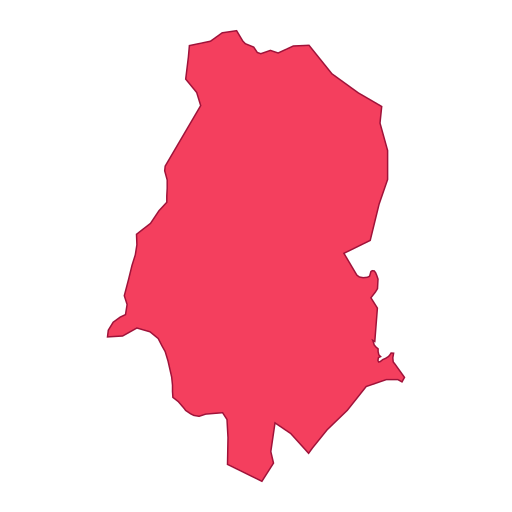 Guli, White Nile, Sudan
{"feature_id": "16777658B68520369405520", "entity_name": "Guli", "entity_type": "district", "adm_level": 2, "iso_a3": "SDN", "parent_name": "Sudan", "parent_adm1": "White Nile", "projection": "mercator", "projection_center": [32.427, 13.311], "detail": "fine", "context": "isolated", "style": "filled", "palette": "rose", "viewbox_px": 512, "rotation_deg": 0, "n_neighbors": 0, "source": "geoboundaries", "source_scale": "gbopen_adm2", "svg_char_len": 1636}
<svg xmlns="http://www.w3.org/2000/svg" viewBox="0 0 512 512"><path d="M188.4,56.9L188.4,57.0L185.7,79.1L196.7,92.5L200.7,105.6L165.2,166.1L164.7,170.8L167.2,180.0L167.2,188.4L166.8,196.0L166.8,202.3L159.0,210.7L150.5,223.4L143.5,228.8L136.5,234.3L136.9,244.8L135.3,254.9L132.0,265.4L128.7,278.9L124.3,295.7L127.1,304.5L125.5,314.6L120.2,317.1L113.2,322.2L108.3,330.2L107.5,336.9L122.6,336.0L136.9,328.0L150.0,331.8L158.2,338.5L161.9,345.7L165.2,351.6L168.0,360.9L171.7,377.2L172.5,385.2L172.5,391.5L172.9,397.4L178.3,401.6L184.4,408.7L185.6,410.4L190.6,413.8L193.8,415.4L199.1,416.3L205.7,414.1L222.6,412.7L227.0,419.5L228.0,437.7L227.5,464.4L249.9,475.4L261.9,481.3L273.5,463.1L270.8,451.6L275.0,422.9L290.7,433.5L308.6,453.3L312.5,447.9L327.2,429.7L347.3,410.3L366.2,386.5L386.3,379.6L397.9,379.6L402.0,381.9L404.5,377.4L397.6,367.8L395.1,364.3L393.2,361.9L392.8,357.8L393.6,353.2L391.1,353.0L390.1,354.6L388.5,356.5L385.5,358.4L382.9,359.5L381.6,360.5L380.2,361.6L378.6,362.0L377.9,360.4L378.5,357.5L380.6,356.6L378.8,354.8L378.1,351.5L378.1,348.8L375.9,347.0L374.1,344.8L373.6,342.7L372.7,340.3L374.8,341.4L377.4,308.1L370.9,297.8L375.5,291.9L377.5,288.6L378.0,279.1L376.7,275.3L375.6,272.7L374.2,270.9L372.2,270.7L370.9,271.6L370.1,274.5L369.5,276.3L367.3,277.3L363.2,277.7L359.4,277.0L356.9,275.2L355.4,272.7L343.9,253.3L370.2,240.4L379.1,204.1L387.6,179.5L387.6,150.5L380.0,123.1L381.7,106.5L358.3,92.9L331.9,73.8L309.0,45.3L293.3,46.0L278.1,53.0L270.4,50.4L260.8,53.7L257.3,52.5L253.7,47.1L245.3,43.7L242.8,41.1L236.6,30.7L222.2,32.8L210.5,41.2L189.4,45.6L188.4,56.9Z" fill="#f43f5e" stroke="#9f1239" stroke-width="1.5"/></svg>